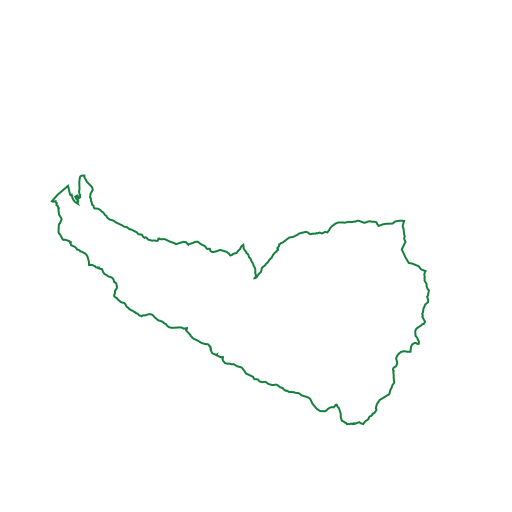 Leresti, Arges, Romania (Robinson projection), rotated 130°
{"feature_id": "2599482B20618931302100", "entity_name": "Leresti", "entity_type": "district", "adm_level": 2, "iso_a3": "ROU", "parent_name": "Romania", "parent_adm1": "Arges", "projection": "robinson", "projection_center": [25.045, 45.399], "detail": "fine", "context": "isolated", "style": "outline", "palette": "green", "viewbox_px": 512, "rotation_deg": 130, "n_neighbors": 0, "source": "geoboundaries", "source_scale": "gbopen_adm2", "svg_char_len": 6076}
<svg xmlns="http://www.w3.org/2000/svg" viewBox="0 0 512 512"><g transform="rotate(130 256 256)"><path d="M255.6,272.9L258.4,273.4L261.0,272.6L262.9,273.0L266.1,272.8L269.1,274.9L270.5,275.0L271.9,275.8L272.1,276.1L271.6,277.9L271.7,281.2L274.4,287.4L277.8,289.3L280.2,291.1L281.1,292.2L281.4,294.1L280.2,295.9L280.3,296.4L281.8,297.6L282.0,298.4L281.3,301.8L282.3,305.1L282.5,309.9L284.5,311.9L286.6,312.7L290.3,315.2L290.9,315.1L290.5,318.7L291.8,320.7L298.5,325.0L298.5,326.6L300.5,331.7L301.6,336.4L302.2,337.3L304.0,339.2L304.9,340.8L304.8,341.3L305.5,341.9L306.9,341.2L308.0,341.4L309.6,344.1L310.9,345.3L312.6,348.7L312.7,350.0L312.3,351.9L312.7,352.7L313.7,353.0L313.8,353.5L313.9,354.7L313.0,357.1L314.9,360.1L314.5,362.7L315.9,368.6L316.8,370.1L316.9,373.4L318.5,376.3L318.5,378.0L320.4,385.2L320.4,387.3L321.0,389.3L322.1,391.4L322.3,393.6L322.1,395.0L321.4,396.4L321.7,397.7L320.8,400.9L321.1,402.2L320.9,405.2L321.3,407.4L323.3,410.2L323.3,410.9L321.9,413.0L322.1,414.2L321.9,414.7L320.2,416.7L320.1,417.7L318.2,419.3L317.5,421.0L314.6,422.8L310.4,423.5L308.7,425.6L307.8,433.2L306.0,438.0L304.7,439.2L306.3,441.0L307.6,441.7L308.9,441.5L312.7,439.1L318.2,434.2L320.2,433.1L321.7,431.4L322.5,429.8L324.1,428.5L325.8,428.9L325.7,430.0L325.2,430.4L325.5,430.5L324.7,431.8L326.8,432.6L327.9,429.7L327.8,427.9L328.4,427.4L329.8,427.6L329.9,426.8L330.3,426.9L330.5,426.4L330.9,429.2L330.5,431.6L329.4,434.1L327.5,436.6L328.6,437.2L328.4,438.0L323.1,445.1L336.3,447.3L345.2,447.6L344.9,446.4L342.8,444.7L343.7,443.5L343.5,442.7L345.3,441.5L345.1,440.1L346.6,438.0L346.3,437.6L348.0,436.7L350.9,433.4L352.3,429.2L352.9,428.5L357.1,427.2L357.9,427.4L358.8,427.1L364.3,422.9L365.4,421.4L365.3,420.4L367.6,414.6L367.3,413.7L366.4,413.0L364.5,408.4L365.2,407.3L364.6,406.6L365.5,406.3L366.6,404.6L365.5,400.8L365.5,398.7L366.1,397.3L365.3,395.9L365.1,394.4L365.4,393.7L364.9,392.8L363.9,388.6L364.1,386.5L364.7,384.8L367.8,380.3L370.3,378.1L370.2,377.8L369.3,377.4L368.9,376.4L368.2,375.9L367.3,372.6L367.6,371.5L366.8,370.2L366.8,368.8L366.5,368.5L365.8,368.7L366.0,367.0L365.0,365.8L366.7,362.5L367.2,360.3L366.7,358.4L366.5,355.8L365.3,352.9L365.2,351.8L365.4,350.8L366.0,349.4L367.1,348.2L367.2,347.6L366.7,346.8L366.8,345.5L368.9,342.8L370.1,341.9L373.4,341.6L375.3,340.0L377.4,339.4L377.9,338.8L378.1,336.9L377.7,335.8L378.1,334.1L378.1,330.3L377.9,329.2L376.7,326.7L376.8,325.3L378.1,322.2L377.7,320.5L378.1,319.3L377.7,316.2L377.1,315.3L377.1,313.1L376.6,311.9L377.0,311.2L376.3,309.7L376.6,307.2L375.7,305.5L375.7,304.9L374.3,304.6L372.9,302.9L369.9,301.0L368.4,299.5L367.6,297.2L368.1,294.4L368.1,289.1L367.4,288.2L366.6,285.7L366.4,284.0L366.6,283.3L366.0,281.1L366.6,279.2L366.4,276.6L364.9,274.0L359.4,268.2L358.4,266.3L358.1,264.6L355.6,262.6L356.2,262.1L357.7,262.0L358.1,261.0L358.7,255.5L359.1,254.8L359.6,251.3L358.5,247.2L357.5,241.3L356.6,239.7L356.3,238.6L354.6,236.3L354.5,235.6L354.6,234.1L355.0,233.7L354.8,232.8L355.3,232.5L355.2,232.1L355.7,231.9L356.2,230.6L356.9,230.6L358.5,227.5L358.4,225.9L357.6,224.1L357.5,222.9L356.5,222.6L357.3,222.2L356.5,218.7L356.0,217.7L355.7,217.7L355.2,216.8L354.7,216.5L355.3,215.8L356.4,215.5L357.4,214.1L357.9,211.0L356.9,208.5L355.7,207.5L354.6,205.1L353.2,203.5L352.6,199.6L350.6,195.3L351.6,190.7L352.5,188.3L350.4,180.5L351.4,178.7L351.1,177.7L349.3,175.2L349.7,173.3L349.6,172.1L348.5,169.9L347.2,168.9L346.3,167.7L346.0,164.3L345.7,163.3L344.3,160.4L341.7,158.0L341.2,157.1L341.0,153.0L340.0,150.8L340.4,149.4L340.1,146.4L339.2,145.7L339.0,143.5L336.1,139.6L335.7,138.3L333.7,135.2L333.4,134.0L333.5,131.6L330.9,125.4L330.6,122.8L332.9,117.7L334.0,111.6L333.6,107.3L331.0,103.8L329.2,102.8L326.4,102.5L324.0,101.6L322.6,100.2L322.1,99.3L318.7,99.2L318.1,98.7L318.3,97.8L318.9,97.2L319.3,94.6L319.8,93.8L322.3,89.8L325.3,87.1L327.0,84.4L326.7,83.9L326.4,80.6L325.9,79.6L326.4,78.4L324.4,76.1L323.2,75.3L322.7,74.0L321.9,74.0L321.4,73.6L321.9,73.2L321.6,72.7L316.9,70.1L316.7,67.9L315.9,65.9L312.2,66.0L308.8,65.0L307.0,65.7L305.5,65.6L304.6,65.0L303.2,64.8L301.8,65.3L300.7,64.5L299.4,64.4L296.4,64.8L295.6,66.4L291.9,68.1L286.9,68.7L276.1,65.1L271.8,67.1L269.9,67.4L267.1,68.5L264.6,68.6L263.6,69.2L261.0,72.1L259.1,73.6L256.3,76.5L255.5,76.6L255.2,77.8L254.2,78.5L252.8,78.8L250.8,77.9L248.7,78.3L246.9,79.2L244.4,82.9L241.4,83.8L238.3,83.7L236.2,83.2L233.8,81.5L232.1,78.6L230.0,76.1L225.9,78.9L223.3,79.5L220.5,78.5L219.9,77.7L219.6,75.9L219.1,75.5L219.0,75.0L218.6,74.9L217.0,76.1L215.0,80.0L214.6,82.5L211.1,85.8L209.0,86.4L207.5,86.2L203.3,84.9L201.5,84.8L200.4,83.8L197.7,84.2L195.7,89.4L194.5,89.8L193.5,91.5L191.6,92.0L188.3,94.1L187.1,94.2L185.3,95.0L183.8,95.1L180.7,94.5L178.7,96.2L177.3,98.7L175.7,98.9L171.3,101.4L170.6,104.1L169.5,105.9L167.9,107.3L166.4,111.2L165.6,111.6L164.8,112.7L163.5,113.3L161.9,115.3L160.7,115.7L159.4,116.6L158.6,116.5L160.1,120.9L159.3,124.9L161.3,131.2L163.1,134.5L160.9,140.9L157.2,148.6L149.1,150.6L147.5,153.7L145.2,154.8L144.4,156.2L139.9,160.9L139.7,161.9L138.1,163.3L133.9,165.1L136.1,168.1L138.8,170.6L140.5,171.7L143.5,172.3L147.7,177.1L150.4,179.3L154.1,181.4L153.5,184.1L152.8,185.4L153.8,187.6L155.0,188.8L156.2,191.1L157.7,192.4L160.5,193.9L161.1,194.7L163.1,200.2L163.9,201.1L165.7,201.9L166.8,203.2L167.8,203.8L170.6,207.3L173.7,209.6L174.3,210.8L177.3,214.4L180.2,216.0L184.3,216.9L187.7,217.0L189.0,216.6L192.1,216.5L193.0,218.5L196.4,220.0L197.2,222.4L198.9,223.2L199.6,224.4L200.7,224.8L202.2,226.7L204.3,228.3L204.7,229.3L204.5,231.0L205.4,233.3L211.2,237.5L212.8,237.8L217.5,239.8L220.5,242.4L228.5,244.2L230.1,245.1L232.0,245.3L232.1,245.6L234.0,244.6L236.2,244.7L236.5,243.6L237.2,243.1L238.7,243.5L239.4,243.1L240.9,243.6L244.0,243.7L247.1,242.9L249.9,243.3L253.4,242.9L255.9,243.3L257.1,243.0L260.6,243.8L261.5,243.8L264.7,242.0L268.4,242.3L271.9,241.9L273.4,242.3L273.8,242.7L272.0,242.8L270.5,244.1L269.6,245.6L266.8,247.8L265.9,249.0L265.3,250.8L263.4,254.2L263.1,255.7L261.5,258.6L261.4,260.5L259.9,262.9L259.7,263.6L260.0,265.1L259.2,265.9L259.0,267.8L258.1,270.3L255.6,272.9Z" fill="none" stroke="#15803d" stroke-width="2"/></g></svg>